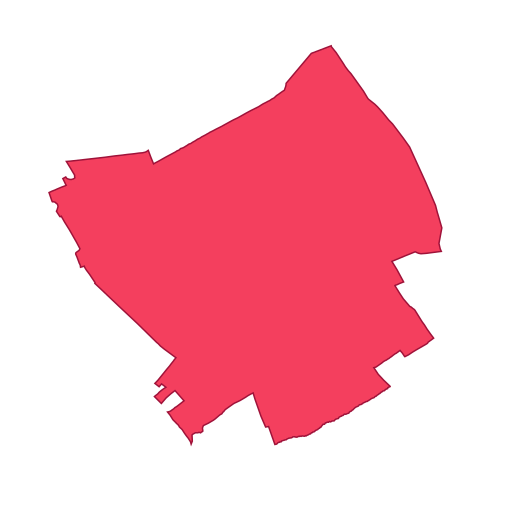 Blagesti, Vaslui, Romania (orthographic projection), rotated 257°
{"feature_id": "2599482B88980175976939", "entity_name": "Blagesti", "entity_type": "district", "adm_level": 2, "iso_a3": "ROU", "parent_name": "Romania", "parent_adm1": "Vaslui", "projection": "orthographic", "projection_center": [27.999, 46.142], "detail": "fine", "context": "isolated", "style": "filled", "palette": "rose", "viewbox_px": 512, "rotation_deg": 257, "n_neighbors": 0, "source": "geoboundaries", "source_scale": "gbopen_adm2", "svg_char_len": 5894}
<svg xmlns="http://www.w3.org/2000/svg" viewBox="0 0 512 512"><g transform="rotate(257 256 256)"><path d="M443.9,376.5L443.8,375.7L441.0,355.5L417.5,324.2L415.9,323.7L414.4,323.0L411.1,320.9L410.4,318.8L408.2,313.5L407.7,312.1L406.0,309.2L405.3,306.5L404.4,304.4L404.0,302.4L403.4,300.3L402.6,297.0L401.7,294.4L400.9,292.2L398.9,283.8L397.5,278.7L394.7,269.1L393.8,265.0L393.0,262.0L389.8,250.7L388.6,245.7L387.6,242.0L386.8,238.5L386.3,237.4L386.0,236.0L385.5,234.6L384.9,232.3L384.6,231.2L384.4,230.2L383.4,227.6L383.0,225.5L381.9,222.6L381.1,219.8L380.3,217.8L380.1,215.7L379.1,213.3L378.8,212.2L378.3,210.9L377.9,209.5L377.7,208.1L377.7,206.9L377.4,206.2L376.8,205.4L376.4,204.1L376.3,203.1L376.1,202.3L375.6,201.2L372.7,190.4L370.2,181.9L369.4,178.8L368.8,176.9L376.3,175.7L383.2,174.8L383.1,174.5L382.7,173.7L382.1,171.7L382.1,168.6L382.6,165.3L383.1,159.8L383.9,153.4L384.4,148.2L385.3,140.7L386.2,131.0L387.2,122.3L390.2,96.5L390.8,92.5L385.4,94.3L375.5,97.5L374.9,97.2L372.9,97.1L372.2,95.4L372.1,93.2L372.5,91.8L373.4,90.1L374.3,89.0L375.8,88.4L374.9,85.2L370.7,86.2L369.1,86.5L367.6,87.0L367.3,85.8L366.9,82.4L366.0,77.2L365.5,74.8L365.1,71.9L364.4,68.6L355.5,69.5L354.6,69.8L354.6,70.4L354.0,71.7L353.3,72.7L352.3,73.1L351.8,73.8L350.3,74.3L348.6,74.2L345.8,72.6L344.5,71.6L338.7,73.7L338.3,74.0L338.6,75.2L332.2,77.1L323.5,80.1L309.5,84.3L302.7,86.1L301.4,85.0L301.1,84.5L300.6,83.2L300.0,81.8L299.5,81.1L298.8,80.8L298.1,80.8L295.6,81.3L288.6,82.2L287.6,82.5L286.1,82.7L285.0,82.5L284.5,82.5L284.7,86.4L284.2,86.4L282.9,86.7L280.3,87.6L275.6,89.7L266.6,93.1L266.1,93.2L265.6,92.8L237.8,111.2L216.8,125.3L194.1,139.8L192.6,141.0L189.8,142.6L186.0,145.6L174.9,155.1L174.3,154.4L173.3,153.0L172.4,152.1L169.8,148.8L168.4,147.2L165.8,143.7L157.1,132.6L154.6,128.8L150.4,132.2L152.6,135.2L148.4,138.7L146.9,134.8L145.8,132.5L144.9,130.8L144.1,129.8L143.4,128.6L142.5,126.5L141.9,125.4L133.6,130.6L138.0,136.6L140.9,142.0L143.1,146.8L131.1,153.3L127.5,145.6L127.0,144.4L126.6,143.0L125.6,141.4L124.8,139.3L124.2,138.0L124.0,137.3L123.9,136.2L123.9,134.7L120.2,136.5L115.2,138.2L112.3,140.0L111.7,140.5L110.9,140.7L110.5,141.0L110.0,141.5L109.2,142.1L108.6,142.2L107.9,142.6L106.6,142.9L103.5,145.0L99.3,146.5L96.2,147.8L93.7,149.0L89.7,150.4L87.3,150.5L89.9,152.3L96.0,153.4L96.6,154.4L97.1,156.2L97.4,157.2L96.8,159.6L97.0,160.6L96.8,161.3L96.2,162.0L96.3,162.6L96.7,163.1L97.0,164.4L97.2,164.7L97.9,164.9L100.2,165.1L100.7,165.3L102.4,166.4L102.7,166.9L103.8,171.9L105.6,177.6L106.4,179.5L109.0,184.4L109.6,185.8L109.8,186.9L110.0,187.3L111.2,188.5L111.7,189.6L112.7,190.7L113.3,191.6L114.7,194.9L117.1,200.8L117.5,202.0L117.7,203.2L118.7,207.7L119.4,210.0L120.8,214.3L121.7,216.6L122.6,219.7L123.2,222.4L116.9,222.8L98.8,224.8L87.2,226.9L87.0,229.9L68.1,232.0L68.1,233.9L69.1,235.3L69.3,236.0L69.2,236.9L69.5,237.4L69.2,238.5L69.5,238.9L69.9,239.1L70.0,239.5L70.0,240.0L70.2,241.3L70.1,241.9L70.3,242.6L70.3,243.4L70.1,243.9L70.7,245.1L71.1,247.0L70.9,249.3L70.9,250.0L71.5,251.2L71.2,253.1L70.9,253.3L70.6,254.1L70.4,254.5L70.4,254.9L70.3,255.6L70.7,256.6L70.6,257.0L70.4,257.4L70.6,258.4L70.1,259.3L70.3,260.3L69.9,261.6L69.5,262.6L69.5,262.9L69.8,263.8L69.4,264.2L69.4,264.4L69.8,265.3L70.0,266.8L70.5,268.1L70.5,268.6L70.4,268.8L70.4,269.1L71.1,270.0L71.3,270.4L71.2,271.1L71.6,271.5L71.7,271.8L71.6,272.7L71.6,273.0L71.9,273.4L71.9,273.8L72.5,274.5L72.7,275.1L73.0,277.1L73.5,277.7L73.7,278.1L73.8,278.6L73.9,279.1L74.4,279.6L74.5,279.8L74.4,280.1L74.7,280.5L74.8,281.1L75.6,281.7L75.9,282.2L76.2,282.5L76.4,282.9L76.9,283.3L77.0,283.5L76.7,284.5L76.7,285.0L77.6,285.8L77.6,286.2L77.8,286.4L77.7,287.1L78.0,287.7L78.0,287.9L78.0,288.5L77.8,288.9L77.7,289.3L78.2,290.3L78.2,290.5L77.7,291.1L77.6,291.5L77.7,291.9L78.1,292.9L78.0,293.5L78.0,294.0L77.8,294.7L77.8,295.1L77.9,295.3L78.3,295.6L79.0,296.9L79.1,297.3L79.1,298.0L79.2,298.6L79.1,299.6L79.3,299.9L80.0,300.4L80.4,301.1L80.5,301.9L80.7,302.4L80.7,302.8L80.7,303.1L81.1,303.8L81.1,304.0L81.0,304.5L81.1,304.9L81.2,305.2L81.5,305.5L81.7,306.0L82.0,306.3L82.0,306.6L81.6,308.0L81.9,309.2L82.0,311.0L82.2,311.3L83.0,312.0L83.2,312.7L83.5,314.1L84.1,314.9L84.4,316.0L85.0,316.8L86.0,318.5L86.3,319.3L86.7,321.7L86.9,322.2L87.6,323.0L87.8,323.3L87.8,323.9L87.6,324.5L87.6,324.8L88.0,325.6L88.1,326.6L88.5,327.0L88.7,327.5L89.1,329.6L89.4,330.2L89.3,331.2L89.3,331.8L89.7,332.4L89.8,333.4L90.2,333.9L90.4,334.8L90.9,335.9L91.3,337.4L91.4,339.0L91.6,339.5L92.0,339.9L92.3,340.5L92.4,340.9L92.3,341.3L93.2,342.9L93.7,344.5L94.2,345.1L94.2,345.7L94.4,346.0L94.5,346.4L95.1,347.1L95.2,348.0L95.9,349.3L95.9,350.9L96.1,351.2L96.5,351.5L96.6,352.0L96.9,352.4L97.0,353.1L97.2,353.7L97.1,354.0L97.2,354.4L97.5,354.6L97.9,354.7L98.1,354.9L98.1,355.3L98.4,355.9L98.4,356.4L98.5,357.2L98.7,357.4L98.8,357.4L106.4,352.4L108.0,351.5L113.2,348.5L120.7,345.7L120.8,347.9L123.4,354.4L124.6,356.8L124.8,357.7L125.1,358.3L125.1,359.0L125.3,359.7L125.9,361.1L126.2,362.4L127.0,363.9L127.3,364.9L127.7,365.8L128.5,367.4L129.4,369.5L129.7,370.8L130.2,371.8L130.4,372.6L130.9,373.3L131.2,374.4L131.6,375.1L128.6,376.7L124.6,378.2L124.4,378.4L124.6,379.1L125.4,382.4L127.2,387.1L128.6,391.4L131.7,401.6L132.2,403.0L132.6,403.7L133.3,404.3L136.0,410.6L140.5,408.6L146.3,406.2L151.0,404.6L154.7,403.0L167.3,398.7L168.2,398.3L169.5,397.1L171.4,395.7L172.3,394.5L181.1,389.9L188.1,387.3L195.8,384.7L196.0,384.7L196.1,385.0L196.3,387.0L196.9,389.7L197.5,394.0L210.9,390.3L220.2,387.2L222.6,401.3L223.1,404.6L224.3,412.1L223.3,413.3L222.1,415.0L221.1,417.2L220.3,422.4L218.8,437.6L221.4,437.1L227.1,437.1L241.6,443.4L256.2,442.6L256.7,442.5L264.9,442.3L289.2,438.0L327.6,430.2L337.8,426.0L353.9,418.8L358.7,415.9L367.3,411.7L374.1,407.9L377.3,405.8L383.6,400.8L385.0,400.2L392.5,397.8L411.0,390.1L412.2,389.6L415.8,387.6L420.3,385.6L423.6,384.5L436.0,379.9L442.6,376.7L443.4,376.4L443.9,376.5Z" fill="#f43f5e" stroke="#9f1239" stroke-width="1.5"/></g></svg>